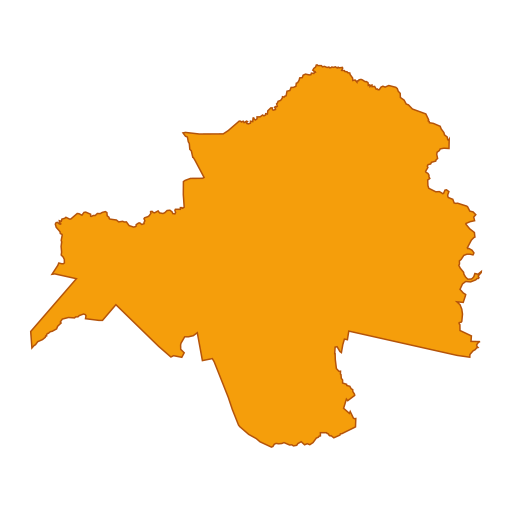 outline of San Marcos, Jalisco, Mexico
{"feature_id": "50627088B3793649992837", "entity_name": "San Marcos", "entity_type": "district", "adm_level": 2, "iso_a3": "MEX", "parent_name": "Mexico", "parent_adm1": "Jalisco", "projection": "albers", "projection_center": [-104.227, 20.824], "detail": "fine", "context": "isolated", "style": "filled", "palette": "amber", "viewbox_px": 512, "rotation_deg": 0, "n_neighbors": 0, "source": "geoboundaries", "source_scale": "gbopen_adm2", "svg_char_len": 5970}
<svg xmlns="http://www.w3.org/2000/svg" viewBox="0 0 512 512"><path d="M449.2,139.2L448.6,140.2L447.7,139.7L447.2,137.0L444.5,134.9L443.9,132.6L441.1,128.8L440.2,126.3L433.4,123.4L429.4,122.7L429.2,121.4L428.2,120.9L428.6,119.7L425.8,113.9L412.4,109.0L408.5,104.9L406.2,104.0L404.1,100.1L400.4,97.5L400.2,93.4L398.2,91.2L397.3,88.6L395.8,87.3L388.8,85.5L385.1,87.1L382.9,86.2L381.0,87.1L379.3,89.7L378.1,89.8L377.5,89.0L376.2,89.2L374.6,86.4L372.1,86.7L372.0,85.0L371.0,85.3L370.0,86.5L369.6,84.9L368.3,85.4L368.1,82.9L367.6,82.3L366.1,81.5L365.2,81.7L362.4,79.9L361.0,79.4L359.0,79.8L358.5,80.8L357.3,80.9L357.0,82.3L355.1,80.0L352.8,80.5L352.6,78.0L350.1,74.5L349.8,73.0L347.7,72.7L347.1,71.8L344.8,71.5L344.4,70.6L341.7,70.4L342.7,68.2L342.4,67.4L339.4,67.8L338.2,67.2L338.0,67.8L337.3,68.0L335.3,66.8L333.7,67.4L331.8,67.0L330.9,67.7L329.4,67.8L328.9,67.0L327.1,67.5L324.5,66.4L322.4,66.8L321.4,65.6L317.9,65.6L317.2,64.9L316.3,65.0L315.6,67.0L313.8,68.4L312.8,70.2L313.8,70.8L314.1,71.7L315.2,71.7L315.4,72.2L314.8,72.2L313.8,73.5L311.4,73.1L310.9,74.7L309.3,74.9L305.5,74.1L303.1,75.2L302.3,77.6L299.7,77.9L299.1,80.3L297.6,82.7L296.3,83.2L295.9,86.3L293.3,87.4L291.1,87.4L289.9,90.5L287.0,91.2L286.1,95.8L284.6,96.3L284.1,97.1L282.5,96.7L282.3,98.1L280.6,100.4L278.1,101.3L277.4,103.1L276.6,103.8L277.3,106.3L276.3,106.9L275.6,106.5L274.5,107.3L275.4,108.5L275.5,109.5L273.2,110.2L272.5,109.6L272.2,107.9L270.8,107.9L267.8,110.8L267.4,114.0L265.7,113.7L265.5,115.0L263.9,115.8L262.6,115.0L260.2,116.8L257.0,116.9L257.1,118.7L255.4,120.0L254.4,119.3L253.7,117.9L253.1,118.0L252.7,121.6L250.5,121.2L250.4,123.2L248.2,123.9L246.7,123.4L246.4,122.7L247.5,121.6L246.6,121.1L244.1,122.6L243.2,121.2L241.4,122.0L240.6,121.2L239.2,121.1L228.2,130.6L223.2,133.9L199.2,134.0L185.4,132.4L183.0,132.9L185.5,136.3L187.1,136.8L187.5,137.6L188.3,141.8L189.3,143.5L189.8,149.3L191.3,150.8L192.8,157.4L193.4,157.6L195.1,160.5L204.1,177.5L202.5,178.3L190.5,178.4L185.1,180.4L183.4,181.6L183.3,194.6L184.2,207.2L182.6,208.3L182.0,208.2L181.9,207.6L180.4,207.6L180.3,209.3L175.4,209.3L174.9,210.3L175.6,212.5L174.9,213.9L172.8,213.6L172.0,211.8L169.9,210.2L167.1,210.5L164.8,212.7L163.0,213.5L159.5,212.9L158.1,210.9L154.6,212.8L153.2,212.5L152.2,211.4L150.9,211.4L150.5,211.8L150.9,213.3L149.3,215.6L148.0,216.6L144.6,217.8L144.0,218.7L144.9,220.8L144.0,222.4L144.1,223.6L141.8,224.5L139.8,222.9L138.6,223.0L136.2,224.6L136.1,226.1L135.5,226.6L133.7,227.1L129.1,225.6L126.4,221.9L124.3,222.0L122.6,221.3L118.7,221.9L116.4,220.0L110.0,219.1L109.3,218.7L109.0,217.3L107.2,215.8L106.9,212.6L105.4,211.6L102.3,212.4L100.2,213.6L97.3,213.5L95.2,215.5L93.2,215.5L91.6,216.4L90.7,216.3L90.6,214.2L85.7,212.1L84.0,212.4L81.9,215.2L79.0,213.7L77.2,213.5L70.8,219.0L69.6,219.1L65.9,217.3L64.7,218.3L61.9,219.1L61.3,221.3L59.3,220.7L59.4,221.9L60.8,223.9L60.5,224.2L59.4,224.0L57.5,222.4L56.1,222.6L55.3,224.1L56.2,227.3L60.0,231.7L60.3,233.5L62.0,234.4L62.2,235.2L61.2,240.4L61.7,241.9L61.1,246.4L61.6,252.2L61.2,255.0L63.2,257.1L64.3,259.4L64.4,262.9L63.4,263.7L61.9,263.8L58.8,263.0L57.8,265.4L52.0,274.3L54.8,273.9L76.4,278.7L30.7,331.5L31.9,348.0L34.0,345.6L35.5,344.7L37.7,341.7L42.5,339.6L45.3,337.3L45.7,335.9L46.6,335.9L46.7,334.4L47.6,333.4L48.3,333.4L50.3,331.7L52.2,331.3L56.6,328.9L57.6,326.3L61.1,323.0L60.3,322.0L62.3,319.1L68.4,317.5L74.6,317.9L75.5,316.9L78.0,316.8L79.2,315.6L83.6,314.0L85.3,314.6L86.0,315.7L85.5,318.7L99.0,320.4L102.5,320.4L115.9,304.7L158.7,346.4L170.9,357.0L173.6,355.7L181.8,357.3L184.2,352.8L180.7,349.3L180.6,344.9L181.0,343.2L184.7,336.8L188.4,336.8L193.3,335.7L197.3,332.7L202.4,360.6L212.3,358.6L214.1,361.6L228.3,397.4L232.3,409.4L238.5,425.0L239.8,426.7L248.7,434.4L256.3,438.6L260.0,441.8L271.4,447.1L272.9,446.5L274.3,444.2L276.1,443.4L278.6,443.8L281.8,443.5L284.0,442.6L289.6,445.0L291.8,444.8L293.5,445.9L296.7,445.3L297.8,443.6L301.2,441.7L304.6,444.8L307.2,443.7L309.8,444.7L313.0,442.6L316.3,438.1L318.4,437.2L319.2,436.1L320.4,435.9L320.4,432.7L326.6,432.7L327.1,433.5L328.4,433.9L329.1,435.3L330.1,435.9L331.0,435.6L333.8,437.8L339.9,435.1L340.4,433.8L341.8,433.7L355.5,426.9L355.8,418.5L354.5,418.7L353.4,418.1L350.2,411.5L349.4,413.4L343.6,408.3L346.4,399.1L347.7,400.7L354.7,395.4L354.5,394.2L352.8,391.5L352.7,389.6L351.2,388.8L349.8,386.3L346.8,385.5L346.6,384.3L342.6,383.0L342.6,380.0L341.3,378.3L341.0,374.6L340.4,374.1L340.5,371.2L338.9,371.3L336.4,368.6L335.3,359.6L335.1,353.6L334.7,353.6L335.1,347.1L337.1,346.7L339.9,351.5L341.4,352.6L342.8,344.6L344.4,339.1L347.4,339.7L348.8,331.1L457.1,355.4L469.8,357.2L469.9,354.5L473.1,350.8L475.3,349.6L476.6,347.9L478.0,347.5L476.9,346.3L476.7,344.7L478.5,342.3L480.0,341.6L471.0,341.4L471.4,335.9L460.0,330.5L459.9,324.7L459.1,323.7L459.2,322.6L461.3,322.1L461.8,321.3L462.5,314.1L461.8,309.2L460.0,304.7L456.9,301.8L463.2,302.4L465.4,295.9L465.7,294.5L463.3,293.0L460.0,289.4L462.5,283.9L465.7,281.5L470.6,281.9L475.7,279.9L477.1,278.5L478.3,278.5L479.0,277.7L478.2,276.0L481.2,272.6L481.3,271.5L478.0,274.2L474.9,273.5L473.8,276.7L472.4,278.3L471.3,279.0L467.8,279.2L465.6,277.1L463.9,274.2L463.6,272.3L460.2,268.1L458.8,265.3L459.5,264.0L459.4,260.9L461.1,259.5L463.8,255.4L466.9,254.2L470.0,254.2L473.0,254.9L473.7,253.6L473.9,252.8L472.0,250.2L468.8,248.4L467.8,248.6L467.3,247.8L471.4,240.1L473.8,237.6L474.9,237.1L474.4,232.5L469.7,228.8L465.9,224.2L465.9,223.5L470.1,221.7L474.6,220.7L473.7,217.1L475.8,214.7L473.1,211.9L469.8,211.1L467.6,206.8L466.7,206.1L457.6,203.2L455.7,203.4L454.1,202.9L452.8,199.3L448.5,197.6L447.8,196.6L447.7,194.9L448.9,191.6L446.5,189.8L445.0,190.1L443.6,193.3L442.9,193.7L439.4,191.6L435.8,191.8L428.8,188.3L427.9,185.6L427.7,180.0L429.8,178.5L428.9,176.6L429.0,175.2L428.0,173.5L425.9,172.2L425.6,171.3L427.9,167.5L427.3,166.1L428.1,164.6L430.6,164.0L431.5,162.3L435.7,161.1L436.1,159.8L437.6,158.5L436.7,154.3L437.1,152.2L439.3,150.6L440.2,148.9L443.9,148.2L449.0,148.5L449.2,139.2Z" fill="#f59e0b" stroke="#b45309" stroke-width="1.5"/></svg>